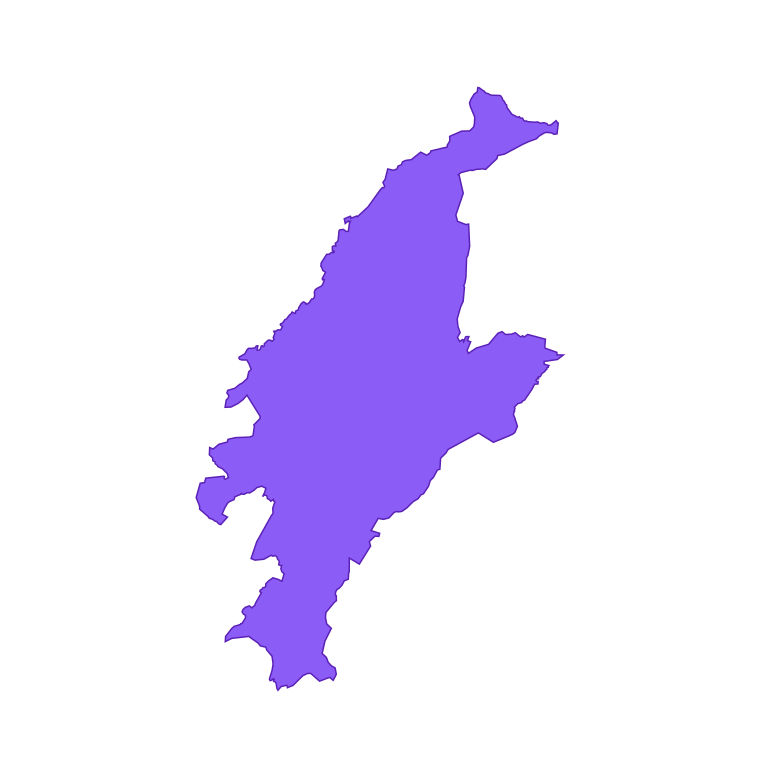 Novadnieku pag., Saldus, Latvia (Natural Earth projection), rotated 303°
{"feature_id": "27541924B74609971281778", "entity_name": "Novadnieku pag.", "entity_type": "district", "adm_level": 2, "iso_a3": "LVA", "parent_name": "Latvia", "parent_adm1": "Saldus", "projection": "natural_earth1", "projection_center": [22.426, 56.607], "detail": "fine", "context": "isolated", "style": "filled", "palette": "violet", "viewbox_px": 768, "rotation_deg": 303, "n_neighbors": 0, "source": "geoboundaries", "source_scale": "gbopen_adm2", "svg_char_len": 6138}
<svg xmlns="http://www.w3.org/2000/svg" viewBox="0 0 768 768"><g transform="rotate(303 384 384)"><path d="M587.0,284.7L583.4,280.5L580.4,278.5L577.5,279.2L574.4,277.1L571.3,277.7L568.4,275.5L566.4,270.0L556.2,273.5L552.5,273.3L550.3,276.7L548.5,277.0L547.7,275.6L544.5,275.1L523.7,274.1L509.8,270.6L510.1,269.7L504.9,265.9L506.4,264.7L506.3,264.3L500.9,260.7L497.5,264.1L501.1,265.2L500.9,266.1L502.1,267.1L499.4,267.7L492.7,270.9L491.3,269.2L491.6,265.8L489.1,262.9L487.9,262.9L479.6,267.2L477.7,267.3L475.4,266.5L473.5,268.5L472.1,266.2L471.0,265.9L467.8,268.0L467.5,268.8L468.2,270.0L467.4,270.4L466.5,270.0L465.6,268.2L463.0,267.3L461.5,265.3L451.2,265.4L448.4,266.9L447.8,268.4L445.9,270.8L445.9,274.1L438.7,274.8L437.9,275.7L439.1,276.7L439.0,277.2L434.6,278.3L432.0,278.2L427.3,275.5L425.3,275.0L423.2,275.5L419.9,278.0L417.4,278.4L416.3,277.8L416.1,277.2L413.1,276.9L412.1,277.2L409.1,276.0L408.5,274.8L409.2,274.6L409.1,272.0L408.3,271.3L406.3,270.8L401.8,270.9L399.6,271.7L397.0,270.2L395.1,271.2L394.6,270.8L394.4,267.8L394.1,267.6L392.6,267.9L390.0,267.1L385.3,266.8L384.0,265.8L379.9,265.7L378.1,264.5L377.3,264.7L377.0,265.3L376.9,267.6L373.5,267.8L372.8,267.5L371.7,265.5L368.9,264.2L368.7,263.1L368.2,262.8L366.8,265.0L362.5,265.8L362.0,267.3L359.7,267.2L358.7,266.6L359.0,265.2L358.1,263.4L357.3,262.9L352.5,261.7L350.9,262.8L349.5,262.2L349.8,261.0L349.0,260.4L345.7,261.3L344.5,261.0L343.3,259.1L347.3,257.5L347.1,256.9L346.3,256.2L344.0,256.1L341.7,253.5L340.1,250.9L337.9,250.5L333.6,250.9L327.7,247.9L326.7,248.2L326.1,249.5L326.7,251.6L329.4,255.9L327.6,259.5L323.9,264.7L320.6,263.9L314.2,266.3L307.6,264.6L305.0,263.1L299.1,261.2L293.6,256.4L290.9,257.1L289.9,259.9L287.9,261.0L284.6,260.4L277.9,263.4L281.3,268.2L288.2,272.2L294.2,274.3L300.0,275.1L289.4,297.8L287.4,298.8L278.8,297.1L277.8,298.4L269.2,302.3L266.2,300.1L258.2,288.7L252.6,283.3L250.0,284.2L243.6,278.4L236.3,276.1L235.8,272.4L229.5,276.1L228.7,280.4L226.3,282.5L226.8,284.5L225.2,285.9L225.0,288.3L224.3,289.7L224.9,294.7L223.8,300.0L223.1,302.2L221.9,303.0L221.0,304.5L217.7,302.8L217.6,301.4L219.6,300.5L219.4,299.9L208.0,285.8L203.6,287.2L200.7,283.9L186.5,288.3L181.3,295.7L178.6,297.6L177.1,308.4L176.3,310.6L177.2,314.3L176.9,316.5L177.5,318.5L176.7,321.6L177.2,323.7L187.1,325.2L186.7,319.1L193.7,317.9L199.0,317.7L201.3,318.5L205.3,321.2L208.3,320.4L213.0,323.7L214.5,323.9L214.2,324.8L215.4,326.8L218.5,328.6L219.4,330.6L223.9,332.8L227.9,333.8L231.7,337.2L232.3,341.7L228.2,342.9L223.5,343.5L226.0,344.3L226.4,346.7L224.3,348.7L224.7,350.5L224.0,352.9L226.9,354.0L225.9,355.0L225.6,356.7L219.3,358.3L214.9,361.5L212.8,361.2L182.3,363.2L165.2,367.6L166.0,371.7L171.6,378.7L179.0,382.7L178.9,384.0L179.3,384.9L180.9,386.1L180.7,388.3L179.3,389.9L178.2,392.8L175.0,394.2L175.5,396.7L175.9,397.0L172.9,398.1L171.2,400.2L170.7,401.3L170.6,403.5L163.0,405.8L162.6,402.2L161.0,396.4L155.5,394.3L152.1,393.7L149.6,395.1L148.0,394.4L147.4,393.4L146.0,393.5L143.7,392.5L142.2,393.0L142.1,394.9L130.2,395.6L128.1,396.2L124.3,395.1L124.6,391.9L121.1,389.3L118.3,388.6L115.7,389.0L114.5,391.3L114.6,393.6L112.6,395.2L105.8,395.3L105.0,394.4L103.9,394.4L99.1,390.3L96.0,389.5L86.1,388.6L81.5,391.2L87.8,394.9L98.9,408.4L98.5,409.4L98.2,419.3L97.0,423.0L98.9,428.2L97.1,430.5L94.6,438.5L88.7,443.5L82.9,446.1L74.1,448.6L73.2,450.0L74.1,450.9L76.5,451.7L76.5,452.8L74.8,452.9L74.5,453.6L74.9,455.2L74.3,456.4L70.2,460.2L69.4,461.9L74.2,462.5L78.3,466.4L78.3,467.0L76.7,468.4L81.8,471.9L95.2,474.8L99.6,477.5L101.4,480.2L99.7,491.8L108.3,498.1L107.8,502.8L114.6,502.1L119.3,497.6L119.0,493.4L120.2,488.8L123.3,484.6L124.3,478.9L136.2,474.5L150.4,472.9L151.6,466.6L156.3,462.1L160.6,459.7L174.1,461.3L176.3,462.1L180.5,459.3L180.6,458.1L183.2,456.7L185.8,456.5L188.6,457.7L192.5,458.3L197.4,457.9L200.8,460.4L206.9,456.9L207.5,457.2L219.1,449.7L219.5,461.4L240.8,461.0L243.9,457.5L251.5,459.3L253.4,462.7L256.4,461.7L254.0,453.0L268.1,452.3L270.2,457.3L274.4,461.1L281.8,462.4L283.8,463.9L284.4,465.4L286.4,467.9L287.6,468.7L292.7,470.7L301.2,472.5L306.4,475.1L311.0,475.3L313.5,476.9L322.5,477.0L328.2,475.4L332.4,476.3L341.0,475.6L342.9,477.3L352.6,471.9L359.7,473.5L364.1,473.4L394.4,489.8L394.7,507.5L408.6,517.1L412.5,519.5L414.8,520.1L421.1,519.0L427.1,511.8L428.6,509.4L431.6,508.2L432.4,508.4L432.8,507.7L434.9,507.1L435.6,505.9L440.4,506.9L443.4,509.5L445.4,509.6L447.3,510.7L459.9,511.0L465.8,510.4L467.9,513.1L470.1,511.9L469.4,510.2L470.0,509.4L471.0,509.3L472.7,510.8L473.7,509.4L475.4,511.1L478.7,510.7L482.2,512.1L483.0,511.8L485.1,512.5L486.6,511.8L487.5,512.6L488.0,512.1L489.3,512.3L487.9,507.5L490.1,506.0L499.0,516.1L506.0,518.6L502.6,513.2L504.7,511.8L501.8,499.6L502.9,498.5L509.5,495.0L503.8,477.5L499.7,476.0L500.0,474.1L497.9,472.9L498.5,466.2L495.3,463.8L491.7,459.0L492.2,454.5L488.7,451.9L474.2,450.1L464.4,441.8L455.6,438.1L457.5,435.4L466.6,433.7L465.8,430.4L470.0,429.4L468.4,427.0L467.7,426.8L462.9,427.8L464.2,426.1L464.0,425.6L460.9,424.4L463.1,420.2L468.5,419.9L472.7,414.5L478.5,409.9L490.7,406.2L496.4,405.4L509.1,398.7L509.8,397.4L512.9,396.8L517.9,394.7L534.9,384.5L537.7,384.3L546.2,380.8L564.2,367.9L562.3,365.8L560.5,357.1L564.9,352.2L587.1,346.6L600.0,333.3L599.9,332.3L603.2,333.4L610.2,339.8L611.3,342.0L614.2,344.4L618.3,349.8L619.3,352.3L634.6,356.0L637.4,354.9L642.5,359.9L660.7,369.9L666.6,373.7L672.7,378.3L676.6,379.1L682.1,381.8L683.7,383.5L685.9,387.9L686.0,390.5L688.0,392.9L697.8,388.0L697.6,387.1L698.6,384.9L692.3,382.9L691.0,381.6L690.4,380.4L691.1,378.6L690.2,375.7L687.8,373.1L687.5,370.2L685.4,367.4L682.4,361.9L682.1,359.9L681.0,359.1L681.2,357.5L682.4,355.4L681.3,353.4L681.9,351.9L680.9,351.4L680.5,350.4L679.9,344.2L683.0,336.3L684.8,334.9L685.0,333.5L686.6,330.7L686.7,329.3L688.1,327.5L689.2,325.0L689.0,323.8L684.6,316.6L684.1,312.5L683.4,310.9L684.2,308.5L684.0,307.5L684.3,302.4L683.7,301.2L679.7,303.1L676.3,301.7L670.5,301.8L666.3,302.6L663.6,305.5L657.3,314.7L651.5,318.1L648.4,319.2L642.9,318.0L638.4,311.4L627.4,304.2L623.8,306.8L618.8,307.0L617.2,308.0L605.1,296.4L603.0,296.8L599.2,295.3L598.4,288.5L587.0,284.7Z" fill="#8b5cf6" stroke="#5b21b6" stroke-width="1.5"/></g></svg>